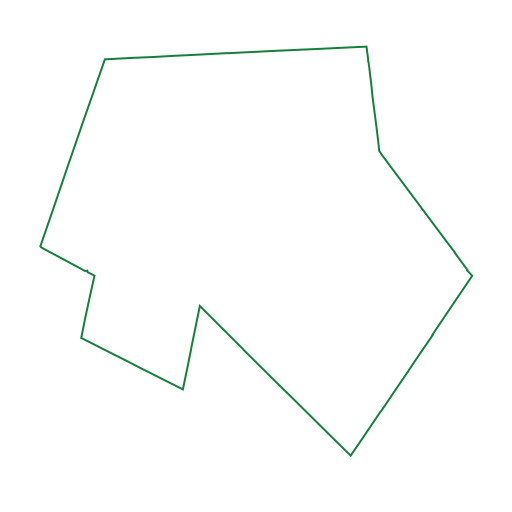 outline of Viziru, Braila, Romania, rotated 87°
{"feature_id": "2599482B41463898366157", "entity_name": "Viziru", "entity_type": "district", "adm_level": 2, "iso_a3": "ROU", "parent_name": "Romania", "parent_adm1": "Braila", "projection": "robinson", "projection_center": [27.708, 45.019], "detail": "fine", "context": "isolated", "style": "outline", "palette": "green", "viewbox_px": 512, "rotation_deg": 87, "n_neighbors": 0, "source": "geoboundaries", "source_scale": "gbopen_adm2", "svg_char_len": 1589}
<svg xmlns="http://www.w3.org/2000/svg" viewBox="0 0 512 512"><g transform="rotate(87 256 256)"><path d="M235.1,470.9L235.4,470.7L236.0,470.2L237.6,467.8L249.1,448.7L262.2,427.2L261.8,425.3L263.3,425.0L267.2,418.3L287.3,423.9L307.9,429.5L328.7,434.8L338.7,417.4L346.4,404.0L354.6,389.6L362.1,376.8L369.6,363.6L369.8,363.3L374.8,354.6L385.4,336.0L366.0,330.9L345.4,325.6L344.6,325.5L303.0,314.7L313.8,304.9L326.9,293.2L327.1,292.9L337.7,283.4L348.7,273.4L349.1,273.3L384.1,241.5L405.0,222.3L432.3,197.5L437.8,192.5L448.4,182.8L460.3,171.9L459.1,171.0L446.7,161.5L434.8,152.5L426.4,146.1L417.9,139.8L417.6,139.3L415.9,138.0L414.3,136.8L412.2,135.1L410.3,133.7L390.4,118.7L379.8,110.6L379.5,110.2L378.6,109.7L378.2,109.5L374.0,106.3L369.2,102.8L344.0,83.5L343.7,83.8L317.5,64.1L290.1,43.4L288.5,42.2L287.1,41.1L285.9,42.1L283.5,44.1L281.4,45.9L281.0,45.6L274.0,50.2L272.5,51.2L263.2,57.3L263.0,57.1L258.5,60.2L241.3,71.8L195.3,102.5L173.8,116.9L171.8,118.2L165.6,122.3L163.7,123.6L161.7,124.9L157.7,127.4L147.6,128.0L135.3,128.8L103.2,131.3L101.2,131.4L92.4,131.8L90.1,131.9L86.3,132.2L80.1,132.6L73.9,133.0L68.3,133.5L67.8,133.6L67.5,133.8L66.2,133.7L65.6,133.7L65.3,133.7L63.2,133.9L59.2,134.2L52.7,134.7L52.7,136.0L52.6,147.4L52.5,174.3L52.5,179.3L52.4,189.4L52.4,193.1L52.3,199.6L52.3,205.4L52.2,218.1L52.1,227.1L52.1,245.5L52.0,264.0L52.0,273.1L51.9,273.2L51.9,309.5L51.9,309.9L51.8,328.5L51.9,346.7L51.7,367.1L51.7,380.8L51.7,395.5L51.7,396.6L100.4,416.5L109.3,420.2L154.6,438.5L165.8,443.0L193.9,454.2L225.8,467.1L235.1,470.9Z" fill="none" stroke="#15803d" stroke-width="2"/></g></svg>